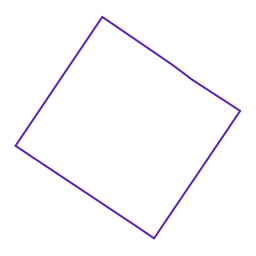 Labette, Kansas, United States of America (Albers equal-area conic projection), rotated 124°
{"feature_id": "52423323B87477610748879", "entity_name": "Labette", "entity_type": "district", "adm_level": 2, "iso_a3": "USA", "parent_name": "United States of America", "parent_adm1": "Kansas", "projection": "albers", "projection_center": [-95.282, 37.192], "detail": "fine", "context": "isolated", "style": "outline", "palette": "violet", "viewbox_px": 256, "rotation_deg": 124, "n_neighbors": 0, "source": "geoboundaries", "source_scale": "gbopen_adm2", "svg_char_len": 417}
<svg xmlns="http://www.w3.org/2000/svg" viewBox="0 0 256 256"><g transform="rotate(124 128 128)"><path d="M51.1,44.6L52.1,101.8L50.8,127.0L50.3,211.4L54.0,211.4L90.0,211.4L116.5,211.4L117.5,211.4L119.5,211.4L163.5,211.3L169.8,211.3L176.1,211.3L177.4,211.3L188.9,211.3L205.7,211.3L205.6,190.3L205.4,158.8L204.8,63.7L204.9,44.7L200.3,44.7L100.0,44.6L51.1,44.6Z" fill="none" stroke="#5b21b6" stroke-width="2"/></g></svg>